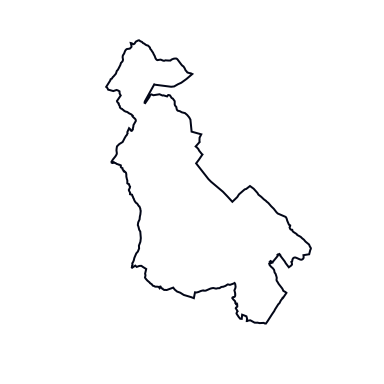 the district of Schitu Golesti, Arges, Romania, rotated 126°
{"feature_id": "2599482B88468084359717", "entity_name": "Schitu Golesti", "entity_type": "district", "adm_level": 2, "iso_a3": "ROU", "parent_name": "Romania", "parent_adm1": "Arges", "projection": "equal_earth", "projection_center": [25.003, 45.176], "detail": "fine", "context": "isolated", "style": "outline", "palette": "ink", "viewbox_px": 384, "rotation_deg": 126, "n_neighbors": 0, "source": "geoboundaries", "source_scale": "gbopen_adm2", "svg_char_len": 6000}
<svg xmlns="http://www.w3.org/2000/svg" viewBox="0 0 384 384"><g transform="rotate(126 192 192)"><path d="M289.2,196.2L284.9,194.6L285.1,192.7L282.7,191.1L281.5,189.5L281.5,187.7L281.2,183.8L285.7,181.9L286.4,181.0L287.2,180.4L288.8,179.8L289.3,178.7L289.9,176.1L290.1,173.2L290.4,172.3L290.3,170.3L290.7,169.1L290.8,168.5L290.4,167.5L290.3,166.5L289.9,165.6L289.1,164.6L288.4,163.2L288.8,161.8L287.6,162.1L287.1,162.1L287.0,161.8L287.6,160.8L287.7,160.4L287.6,159.9L287.7,159.5L287.5,159.1L287.7,158.8L287.6,157.0L286.1,154.8L280.4,151.0L281.1,148.6L281.3,145.5L280.4,142.4L280.1,138.1L277.6,131.0L276.8,128.1L271.4,130.6L270.7,129.3L269.1,128.0L266.8,126.6L265.0,125.1L264.9,124.4L263.7,122.9L259.3,120.3L258.0,119.2L257.2,118.4L256.1,115.9L255.7,115.4L254.9,114.8L253.6,113.2L251.7,112.5L250.9,111.8L250.5,111.2L248.1,109.6L247.2,109.4L245.7,108.7L244.8,106.7L241.7,104.6L240.6,104.1L241.1,102.9L243.1,101.0L244.4,100.4L246.6,99.9L248.7,97.4L249.3,97.1L249.8,96.5L250.8,96.0L251.5,95.9L252.2,96.2L252.7,96.8L253.4,97.2L254.1,97.1L254.6,95.6L255.1,92.8L256.4,91.6L255.9,90.2L256.9,90.1L256.7,89.1L258.1,88.0L259.6,88.4L260.3,88.3L261.7,85.0L262.3,85.1L264.0,84.7L264.3,84.3L265.7,80.6L266.2,78.5L265.4,77.2L261.8,79.3L261.3,77.6L260.6,74.9L262.1,73.0L264.2,71.8L263.9,71.4L263.1,71.0L262.5,70.5L261.5,69.3L260.9,64.6L260.0,63.2L259.3,62.4L258.3,60.2L255.7,57.0L255.6,55.9L255.0,54.9L252.5,54.9L243.6,55.4L239.9,55.5L238.3,55.8L232.0,56.2L230.7,55.9L227.3,56.4L225.7,56.3L224.4,56.5L224.3,56.1L218.1,56.3L218.0,57.5L218.3,60.0L217.4,61.5L217.0,62.4L215.4,67.9L214.5,69.9L214.0,71.3L213.4,72.0L211.6,73.0L210.6,74.2L209.0,76.4L208.6,77.8L206.8,79.8L206.2,81.6L206.0,84.0L205.5,86.2L204.7,87.3L202.5,85.9L202.8,88.0L201.7,87.9L201.4,85.7L200.1,85.5L193.6,85.1L192.9,85.3L192.7,85.9L191.8,85.7L191.8,85.1L190.8,84.8L191.2,83.3L191.6,83.2L193.7,76.1L194.5,74.4L196.0,69.4L193.0,68.5L191.9,68.5L190.7,69.5L190.2,70.5L189.7,70.3L189.3,70.2L187.4,71.1L186.0,71.2L185.4,71.0L184.4,70.2L183.9,68.8L183.1,65.0L182.8,64.2L182.4,63.6L181.8,63.2L180.9,62.9L179.7,63.0L178.7,63.7L177.6,64.7L173.5,60.6L169.5,62.2L168.0,62.5L167.2,63.4L167.0,64.3L165.7,66.4L165.4,71.1L164.8,73.4L164.7,75.8L164.4,77.7L164.9,81.6L164.5,82.7L164.7,86.4L164.6,87.3L164.3,88.0L163.7,88.6L163.7,88.9L164.2,89.5L164.3,90.4L164.0,91.2L163.2,92.3L161.8,92.6L161.3,92.9L161.3,93.8L161.5,94.3L159.3,98.0L157.9,99.8L157.2,101.1L157.2,102.0L159.0,110.0L158.7,111.9L157.5,116.0L157.0,119.5L156.0,123.8L155.9,126.2L155.7,126.9L155.7,129.4L155.2,133.2L155.1,136.7L154.3,138.5L153.1,144.0L153.1,148.6L157.6,149.9L158.9,150.9L166.3,152.6L169.5,152.4L176.2,153.6L174.8,160.5L173.6,167.1L172.5,182.6L171.9,186.3L166.4,205.5L162.2,205.4L155.5,205.6L155.5,206.4L154.3,210.7L153.6,211.9L153.1,214.1L153.0,215.8L147.0,215.2L146.7,215.7L143.6,217.8L139.9,218.4L143.4,227.8L134.4,235.8L133.3,238.1L132.5,241.2L132.3,244.1L133.5,247.0L133.8,249.4L134.6,251.4L134.3,252.6L133.6,253.5L132.5,254.6L132.0,256.5L131.4,257.4L128.7,259.4L127.7,262.4L127.9,263.8L126.8,266.5L127.2,267.8L127.7,268.3L129.3,268.3L130.6,271.9L131.3,272.6L132.0,275.7L136.4,280.1L136.9,282.2L138.0,282.8L140.2,282.3L147.6,282.1L147.7,282.8L146.5,283.4L127.1,285.8L126.9,284.9L119.1,270.7L117.1,268.5L113.1,266.7L109.9,264.9L103.8,262.9L96.4,261.1L96.7,262.8L97.4,264.0L97.6,265.0L97.9,265.5L98.0,266.2L97.6,267.2L97.4,268.6L96.2,270.7L95.4,272.8L95.5,274.0L95.2,275.4L93.2,281.9L93.2,283.0L94.0,284.2L95.1,285.3L96.9,286.4L98.3,286.7L99.8,288.8L101.1,290.9L101.9,291.4L102.3,291.8L102.7,292.6L103.3,295.1L104.4,296.3L105.5,297.3L105.7,297.7L105.8,298.3L105.5,299.6L105.2,300.2L103.8,302.3L103.1,303.9L102.2,305.4L101.6,307.2L101.0,308.6L100.8,309.7L100.6,310.1L99.9,310.9L99.8,311.2L99.4,313.6L100.0,315.2L100.1,316.3L100.0,317.7L100.3,319.1L100.0,320.7L100.4,322.4L100.4,324.0L101.0,324.6L103.3,325.8L105.8,325.7L106.7,326.1L107.0,326.5L107.1,328.2L107.5,329.1L109.4,326.8L110.1,326.3L110.7,326.3L112.6,326.6L114.5,328.6L115.0,328.9L116.2,329.1L117.4,329.0L119.9,328.3L122.0,328.2L122.6,328.0L123.7,327.4L125.6,325.5L127.2,325.0L129.4,325.3L131.4,324.6L136.6,323.8L138.2,324.0L141.0,323.1L144.8,323.4L145.5,323.6L147.5,323.5L148.1,323.9L148.8,324.1L149.6,323.7L157.4,323.2L157.5,321.9L158.5,319.9L158.0,318.8L156.6,315.0L153.8,313.0L153.4,311.7L153.2,309.8L154.7,308.6L155.3,307.6L155.8,306.4L162.5,306.2L163.0,305.5L163.4,304.2L163.3,303.9L163.4,303.4L163.7,303.0L164.0,302.9L164.3,302.6L165.0,300.8L165.9,300.1L166.2,299.0L166.2,298.6L165.9,297.4L166.1,296.8L166.0,295.6L166.2,294.7L166.0,293.1L165.4,291.6L165.3,290.7L165.4,289.5L165.3,289.3L165.2,288.3L165.0,287.5L164.9,286.2L165.1,285.7L165.1,284.9L165.6,284.9L165.9,284.1L166.3,280.8L166.9,279.7L167.6,279.2L172.2,278.7L173.6,277.9L175.8,277.0L176.2,276.6L178.0,276.7L178.2,277.1L178.2,277.9L177.8,278.1L177.6,279.0L177.4,280.4L181.6,279.5L182.5,278.5L183.7,278.5L184.4,278.2L185.4,278.4L187.7,278.2L192.3,277.5L196.0,279.0L199.2,279.5L201.0,278.6L202.7,277.6L204.8,275.6L205.9,275.1L208.1,274.9L212.2,275.1L214.9,274.9L215.5,274.3L215.4,273.5L215.0,273.0L214.6,272.9L214.1,273.2L213.8,272.9L214.0,271.9L213.5,270.8L213.6,269.6L213.1,268.2L213.0,267.4L212.6,266.7L212.3,265.2L213.4,264.5L213.7,264.2L213.8,263.7L213.6,262.2L214.6,261.3L214.8,260.3L214.8,259.5L215.4,259.3L215.4,258.5L215.0,258.0L215.2,256.9L215.5,256.4L216.5,255.4L218.1,254.2L219.8,252.3L220.7,251.1L223.0,249.4L223.0,248.6L222.7,247.8L222.7,247.5L223.7,246.4L224.0,245.3L225.0,244.8L227.5,244.3L228.0,243.6L229.0,241.6L230.2,240.9L230.2,240.6L229.5,239.3L229.5,238.8L230.3,237.8L230.4,237.3L231.4,235.9L231.6,235.2L232.2,234.5L233.2,232.6L233.7,230.7L233.6,229.5L234.4,227.5L234.7,226.6L234.6,226.0L235.9,224.0L236.8,223.2L237.4,222.4L240.5,220.6L242.4,219.8L245.0,218.3L248.1,217.7L250.6,216.4L251.4,215.1L253.6,212.5L254.4,210.6L259.4,206.3L262.6,204.5L266.6,203.4L268.8,201.6L272.0,200.8L274.4,201.0L279.2,199.9L281.6,198.9L283.3,198.5L284.8,198.4L285.8,197.4L286.8,197.2L288.3,196.3L289.2,196.2Z" fill="none" stroke="#020617" stroke-width="2"/></g></svg>